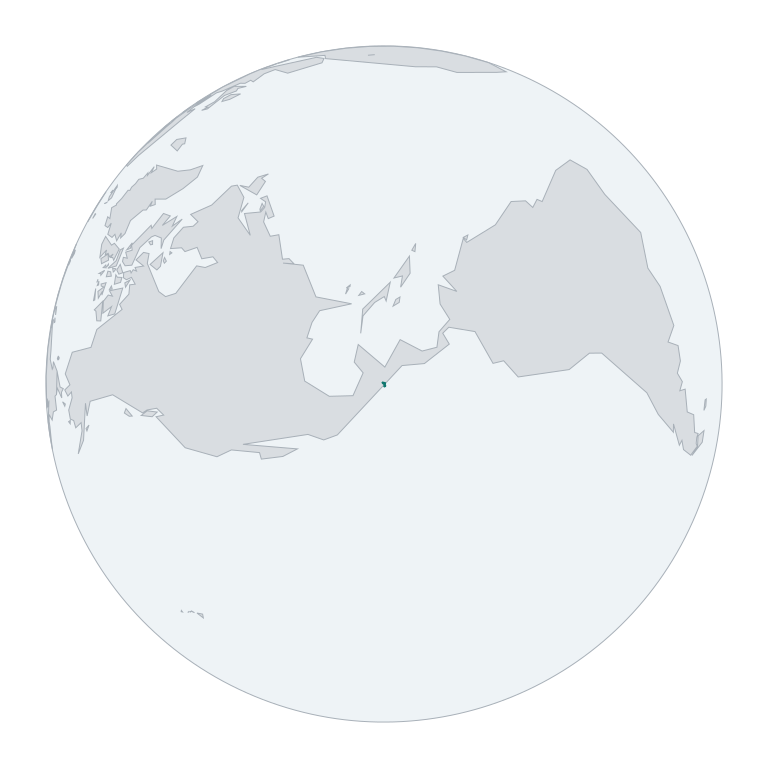 globe centered on Quezaltenango, rotated 294°
{"feature_id": "GTM-1945", "entity_name": "Quezaltenango", "entity_type": "Department", "adm_level": 1, "iso_a3": "GTM", "parent_name": "Guatemala", "parent_adm1": "", "projection": "orthographic", "projection_center": [-91.716, 14.866], "detail": "fine", "context": "on_globe", "style": "filled", "palette": "teal", "viewbox_px": 768, "rotation_deg": 294, "n_neighbors": 0, "source": "natural_earth", "source_scale": "10m", "svg_char_len": 9113}
<svg xmlns="http://www.w3.org/2000/svg" viewBox="0 0 768 768"><g transform="rotate(294 384 384)"><circle cx="384" cy="384" r="338" fill="#eef3f6" stroke="#a8b0b8"/><path d="M462.2,420.1L454.3,417.0L447.0,427.4L419.1,412.6L408.2,393.0L318.5,362.1L308.4,351.7L307.0,335.0L271.5,279.7L289.5,331.3L276.7,321.1L265.5,302.5L270.7,298.2L261.7,271.4L249.6,261.0L244.9,228.3L261.4,189.1L266.0,195.4L269.4,186.2L263.9,178.1L259.4,175.2L263.8,140.5L248.7,122.6L234.0,125.8L245.0,119.1L210.4,132.4L195.8,133.1L218.4,127.2L225.5,123.0L218.6,120.2L224.4,115.4L224.4,111.7L231.9,106.6L244.5,104.7L249.6,101.7L244.4,100.1L248.7,94.8L255.5,97.4L263.6,88.7L286.2,86.3L298.3,101.4L317.0,99.5L345.6,114.4L349.2,110.1L362.3,114.4L371.2,111.4L374.0,116.1L378.7,109.9L374.5,106.3L375.1,102.7L380.0,100.9L384.4,106.1L382.6,107.8L386.4,108.4L386.5,112.0L389.2,109.2L394.0,116.4L396.5,107.0L406.4,110.8L407.6,116.3L397.9,118.7L376.8,140.7L375.0,148.9L382.1,156.9L415.7,164.8L417.7,173.3L427.3,182.6L430.6,176.0L424.3,166.6L432.8,157.7L424.0,148.3L426.1,143.7L420.9,133.9L432.0,132.6L445.6,137.0L450.5,145.5L456.6,148.1L460.3,138.4L477.4,153.8L502.7,164.2L506.0,169.1L497.5,180.1L476.4,183.1L465.4,201.4L483.0,187.2L491.0,201.4L496.7,203.2L502.3,201.7L503.4,195.7L508.3,200.6L492.7,215.3L488.0,211.0L493.0,206.1L483.1,208.1L472.7,220.0L477.6,227.2L456.7,240.5L459.9,246.2L457.2,252.9L453.4,242.6L459.7,261.9L435.9,286.4L444.1,321.8L424.8,295.4L411.0,293.2L394.8,294.8L395.9,300.5L373.1,297.4L354.4,310.4L350.5,339.0L360.7,360.4L385.7,360.4L391.9,347.9L409.6,344.4L399.8,377.9L431.1,380.7L429.6,405.4L439.1,417.4L454.1,413.0L469.8,417.8L479.9,402.7L496.7,393.2L498.2,412.9L506.5,393.9L516.6,402.3L549.2,397.2L547.0,402.0L574.7,421.0L602.4,425.9L608.9,438.8L605.8,448.1L614.9,448.7L615.0,454.3L649.0,454.0L664.4,462.8L662.6,482.2L647.0,508.6L626.8,556.9L597.2,577.9L585.5,596.5L555.3,625.0L537.9,626.4L538.7,637.0L525.6,645.4L513.2,647.6L507.5,655.6L498.1,657.0L501.8,661.2L481.8,672.4L481.9,679.4L466.1,687.5L466.5,691.1L462.3,691.5L456.6,693.4L454.5,695.5L443.7,693.1L445.9,684.3L453.7,679.1L448.2,678.7L465.3,664.7L457.6,668.0L467.8,646.9L482.9,627.7L500.8,570.3L495.7,559.1L472.5,547.3L445.0,503.7L453.9,483.9L447.2,475.2L468.9,445.8L462.2,420.1ZM96.8,314.1L98.7,306.3L100.0,311.9L96.8,314.1ZM98.3,301.2L98.0,303.9L98.0,301.6L98.3,301.2ZM97.3,299.3L98.0,300.7L96.9,299.8L97.3,299.3ZM95.5,297.6L96.6,298.2L96.3,298.4L95.5,297.6ZM443.8,334.1L479.5,348.3L460.7,352.2L464.0,348.7L454.7,342.3L437.7,337.1L420.8,342.1L443.8,334.1ZM93.8,292.7L93.5,291.3L94.7,291.0L93.8,292.7ZM456.6,313.1L450.5,312.3L456.3,311.6L456.6,313.1ZM256.5,175.0L263.2,178.6L266.1,188.2L259.8,185.5L256.5,175.0ZM251.9,158.6L256.6,158.3L252.3,167.0L250.9,164.4L251.9,158.6ZM222.1,129.9L226.5,131.2L220.3,131.7L222.1,129.9ZM223.1,112.2L220.0,113.5L221.3,111.2L223.1,112.2ZM415.2,135.5L418.0,134.7L417.5,136.9L415.2,135.5ZM410.3,132.1L407.7,135.2L405.0,134.2L406.7,132.3L410.3,132.1ZM233.9,101.4L237.0,97.6L236.1,101.0L233.9,101.4ZM414.1,128.7L400.5,131.9L395.8,130.1L398.1,121.7L414.1,128.7ZM240.2,95.3L247.4,87.2L241.1,89.1L262.8,80.1L249.5,89.3L249.3,92.9L245.3,92.7L240.2,95.3ZM371.0,106.1L375.7,109.7L367.3,108.5L371.0,106.1ZM365.4,106.3L338.5,109.5L333.9,104.0L343.9,103.6L334.3,98.4L345.4,94.0L353.1,95.9L353.8,100.2L357.5,95.3L365.4,106.3ZM273.5,76.9L277.2,75.0L275.8,76.7L273.5,76.9ZM374.7,101.2L369.7,102.0L365.4,97.1L374.7,94.6L373.1,96.9L374.7,101.2ZM326.4,99.6L324.9,95.9L333.4,91.2L333.9,89.2L345.2,93.4L326.4,99.6ZM376.5,97.1L379.5,93.5L386.0,94.4L379.4,100.1L376.5,97.1ZM360.3,97.0L358.7,94.7L362.7,95.1L360.3,97.0ZM410.6,96.6L404.7,97.1L401.9,94.4L410.6,96.6ZM380.2,92.1L377.9,91.9L376.2,91.1L379.4,89.0L380.2,92.1ZM350.4,90.1L354.3,89.1L346.2,88.1L352.3,85.0L358.7,88.6L358.5,85.8L360.3,84.9L363.5,88.9L350.4,90.1ZM377.4,84.7L387.7,89.2L399.3,88.5L402.1,90.7L382.9,91.4L377.4,84.7ZM369.0,86.7L374.8,85.9L375.3,88.7L371.6,91.0L369.0,86.7ZM354.0,81.8L343.1,85.6L342.1,84.7L354.0,81.8ZM380.7,83.9L378.1,82.9L381.5,83.5L380.7,83.9ZM362.1,81.7L358.4,83.0L357.3,82.0L362.1,81.7ZM376.1,80.1L379.5,81.4L377.1,82.9L376.1,80.1ZM369.6,80.4L369.1,78.7L374.2,82.6L368.2,81.1L369.6,80.4ZM361.7,80.5L359.9,80.3L363.4,80.1L361.7,80.5ZM383.4,74.4L390.4,79.0L385.1,82.0L379.0,77.0L383.4,74.4ZM460.3,698.4L443.9,694.4L453.8,696.1L464.4,692.0L471.6,695.3L460.3,698.4ZM490.0,687.0L500.1,683.8L501.4,684.5L494.7,687.0L490.0,687.0ZM612.8,135.4L612.0,134.6L619.2,141.4L619.8,141.9L626.7,148.9L621.4,144.2L630.0,155.6L655.0,189.5L657.0,196.8L652.2,196.7L628.8,169.6L627.0,156.7L618.7,148.4L606.8,141.6L607.3,138.7L602.2,134.8L600.3,130.4L585.7,117.0L581.9,112.6L564.6,101.4L560.3,98.0L571.8,105.2L577.8,108.6L567.1,100.0L564.7,98.4L589.6,115.8L612.8,135.4ZM558.3,94.5L551.2,90.3L550.5,89.9L558.3,94.5ZM544.6,86.7L540.8,84.7L537.3,82.9L544.6,86.7ZM531.8,80.1L536.1,82.5L524.0,77.1L510.6,71.1L507.9,70.4L529.8,80.3L537.4,84.0L541.9,85.8L563.6,98.3L569.8,102.8L551.9,93.5L558.7,99.5L541.7,90.9L492.9,66.8L478.5,60.9L479.1,59.7L491.7,63.7L493.9,64.5L495.9,65.1L531.8,80.1ZM386.8,46.1L364.1,47.1L348.0,48.2L350.8,47.7L324.2,51.6L308.2,54.7L310.9,54.2L299.9,57.2L304.8,56.1L305.3,56.2L279.5,66.0L270.7,69.1L262.6,74.9L264.0,75.0L270.0,72.9L262.8,80.1L241.1,89.1L239.1,88.4L227.0,95.5L224.1,93.3L216.1,95.5L220.0,90.4L213.3,93.5L209.3,96.1L197.2,103.0L189.3,107.8L203.0,98.6L212.7,92.7L232.7,84.6L226.1,86.3L232.9,82.9L233.7,81.9L228.6,84.0L224.8,86.1L229.3,83.6L254.0,72.1L279.5,62.6L305.8,55.3L332.5,50.0L359.6,47.0L386.8,46.1ZM720.1,348.9L718.9,368.6L714.4,359.9L698.3,323.9L695.1,303.0L686.5,283.4L657.5,198.3L660.2,196.4L647.5,172.4L662.0,191.8L675.0,212.2L686.5,233.4L696.5,255.4L704.9,278.1L711.6,301.3L716.7,324.9L720.1,348.9ZM677.8,235.6L681.1,241.6L677.8,235.6ZM550.2,396.8L554.2,400.0L549.2,400.9L550.2,396.8ZM458.8,360.6L466.0,360.4L470.0,363.2L464.7,364.7L458.8,360.6ZM517.5,355.0L525.3,355.8L517.5,358.4L517.5,355.0ZM484.9,350.0L511.2,355.2L495.8,362.8L479.2,359.8L490.2,356.9L484.9,350.0ZM454.7,324.9L459.4,326.0L458.5,329.7L454.7,324.9ZM460.8,312.8L459.1,313.3L456.4,310.5L460.8,312.8ZM491.9,200.5L493.3,199.5L499.4,199.2L497.3,202.0L491.9,200.5ZM521.6,184.6L528.9,193.0L522.2,188.5L520.8,193.3L505.0,190.8L506.8,171.5L508.8,180.4L521.6,184.6ZM484.5,183.4L494.3,186.3L483.5,184.0L484.5,183.4ZM576.2,121.1L579.5,121.4L586.1,126.5L590.7,135.0L581.3,127.3L576.2,121.1ZM582.7,120.9L563.5,110.8L559.8,106.1L565.1,110.3L564.6,108.2L573.0,114.5L588.2,120.9L595.0,126.1L599.9,137.2L594.6,130.3L591.7,130.0L582.7,120.9ZM521.1,102.3L512.8,100.3L515.6,92.2L523.1,95.2L528.3,103.0L522.4,104.2L521.1,102.3ZM420.8,114.3L417.4,115.8L416.2,114.1L418.1,111.4L420.8,114.3ZM408.1,97.0L434.3,106.7L431.7,108.6L450.1,113.2L450.6,120.4L438.7,117.0L452.8,126.6L442.2,126.4L452.6,132.6L426.0,124.3L417.0,125.3L426.8,121.2L426.6,114.4L423.8,111.7L409.3,105.5L390.0,105.3L386.7,99.4L389.5,95.3L393.7,94.4L394.5,98.3L399.4,94.4L403.8,99.5L408.1,97.0ZM424.4,63.6L423.6,66.3L434.3,63.5L438.7,66.8L439.7,66.3L446.7,68.9L456.9,71.4L457.5,73.1L461.2,73.4L465.9,75.5L471.2,76.7L474.1,80.4L480.8,82.4L478.4,83.1L489.1,85.7L482.4,85.5L487.9,88.9L491.5,87.2L494.5,109.1L500.9,120.0L509.9,129.6L497.2,129.4L480.7,120.9L464.2,109.5L459.8,99.7L454.9,102.0L451.4,98.2L456.7,98.0L446.3,96.1L444.9,93.1L430.2,85.9L416.1,86.2L410.4,84.0L415.2,82.5L406.1,81.5L411.3,77.3L407.3,75.9L408.4,70.8L420.0,69.4L414.6,68.0L415.2,64.7L424.4,63.6ZM384.1,72.9L396.9,69.3L405.6,69.7L400.0,78.6L402.9,80.5L399.6,87.2L387.1,86.7L389.2,84.7L388.3,82.8L392.6,83.7L388.5,81.5L391.2,78.9L388.8,76.7L393.6,76.1L384.1,72.9ZM635.4,158.7L633.6,156.5L640.8,164.4L641.9,165.9L635.4,158.7ZM626.5,149.0L632.9,155.7L630.1,152.9L626.5,149.0ZM569.4,103.3L566.8,101.1L568.9,102.3L573.2,105.2L569.4,103.3ZM457.0,59.6L455.2,60.2L452.9,59.6L443.3,59.4L439.3,57.5L443.5,56.9L457.0,59.6ZM451.0,57.5L447.5,57.5L447.7,56.6L451.0,57.5ZM435.9,56.2L435.0,55.0L437.7,57.3L435.9,56.2ZM445.8,51.8L446.5,51.9L430.9,49.6L411.6,47.4L429.4,49.2L438.9,50.6L445.8,51.8ZM370.3,46.8L369.1,47.5L364.6,47.5L364.2,47.3L370.3,46.8ZM373.2,47.0L381.1,47.5L377.2,48.1L371.6,47.5L373.2,47.0ZM416.7,50.5L422.2,50.9L422.0,51.5L416.7,50.5ZM274.5,75.2L276.9,75.1L273.1,76.4L274.5,75.2ZM308.2,55.6L308.2,56.0L303.7,57.1L308.2,55.6ZM305.7,58.0L310.8,56.5L306.9,58.1L305.7,58.0ZM321.9,53.4L313.5,55.9L319.4,53.6L321.9,53.4Z" fill="#d9dde1" stroke="#a8b0b8" stroke-width="1"/><path d="M385.6,384.3L385.6,384.5L385.4,384.7L385.2,384.9L384.9,384.9L384.8,385.0L384.7,385.0L384.7,384.9L384.6,385.0L384.4,385.1L384.2,385.2L384.2,384.9L384.2,384.7L384.1,384.8L383.9,384.9L383.7,385.0L383.6,385.3L383.5,385.5L383.4,385.7L383.4,385.8L383.2,386.0L382.8,386.1L382.7,386.1L382.4,385.9L382.3,386.0L382.1,385.6L381.7,385.4L381.8,385.1L382.0,385.0L382.0,384.9L382.7,384.8L383.0,384.8L383.3,384.8L383.4,384.6L383.5,384.6L383.7,384.1L383.8,384.0L383.8,383.8L383.9,383.7L384.0,383.6L384.1,383.4L384.2,383.0L384.2,382.9L384.0,382.7L384.2,382.3L384.3,382.2L384.5,382.1L384.6,381.9L385.0,382.0L385.1,382.3L384.7,382.4L384.7,382.5L384.9,383.2L384.9,383.3L385.0,383.4L385.0,383.5L385.2,383.8L385.3,383.7L385.4,383.9L385.5,384.0L385.6,384.3Z" fill="#14b8a6" stroke="#0f766e" stroke-width="1.5"/></g></svg>